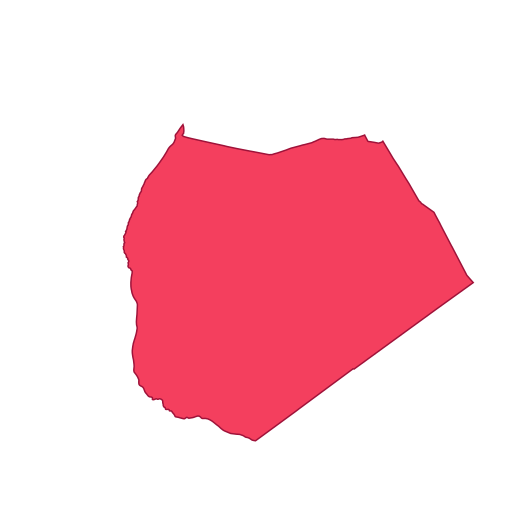 outline of Wajir South, North-Eastern, Kenya, rotated 54°
{"feature_id": "3690345B47933297170219", "entity_name": "Wajir South", "entity_type": "district", "adm_level": 2, "iso_a3": "KEN", "parent_name": "Kenya", "parent_adm1": "North-Eastern", "projection": "robinson", "projection_center": [40.096, 0.963], "detail": "fine", "context": "isolated", "style": "filled", "palette": "rose", "viewbox_px": 512, "rotation_deg": 54, "n_neighbors": 0, "source": "geoboundaries", "source_scale": "gbopen_adm2", "svg_char_len": 6127}
<svg xmlns="http://www.w3.org/2000/svg" viewBox="0 0 512 512"><g transform="rotate(54 256 256)"><path d="M405.2,365.0L405.0,314.9L404.9,311.1L404.3,243.7L405.1,243.1L405.0,140.9L405.2,99.5L405.2,95.9L395.5,96.8L394.9,96.7L393.1,96.4L363.6,92.0L363.2,92.0L346.4,89.5L339.8,88.5L337.0,88.0L334.6,87.7L328.0,86.8L325.7,86.4L325.1,86.4L314.3,90.0L312.1,90.7L310.9,91.3L310.0,91.3L309.5,91.2L307.7,91.6L307.1,91.8L291.1,90.1L287.5,89.7L281.4,89.3L267.1,88.1L264.0,88.0L257.6,87.7L252.4,87.2L237.7,85.9L237.8,86.4L237.8,87.2L237.6,87.9L236.9,90.3L236.6,90.7L233.9,93.2L230.5,96.6L229.4,97.8L229.0,98.0L228.3,98.0L225.8,97.6L222.9,97.2L222.0,97.0L221.8,97.9L220.3,102.6L219.8,103.9L219.4,104.5L219.0,105.2L216.9,108.5L216.7,109.0L216.6,109.4L216.5,110.0L216.0,110.9L214.9,112.8L214.2,114.4L213.8,114.8L213.5,115.3L213.2,116.2L213.0,116.9L212.2,118.3L210.7,120.3L210.2,121.0L209.4,121.7L208.6,123.1L208.1,123.8L207.2,124.5L206.7,125.0L203.5,129.5L203.2,129.9L201.3,131.4L200.8,131.9L200.4,132.5L199.5,133.9L199.2,134.8L198.8,136.3L198.3,138.9L198.0,140.5L197.4,142.8L197.3,143.7L197.1,144.4L194.5,151.1L193.6,153.1L192.8,155.4L189.7,163.4L189.4,164.1L188.8,166.2L188.0,169.3L186.4,174.4L185.3,178.0L184.0,181.4L183.5,183.1L183.3,183.5L183.0,184.0L182.4,184.8L181.9,185.7L180.8,186.8L174.7,192.5L170.0,196.9L167.3,199.5L158.0,208.2L150.4,215.1L148.1,217.0L135.3,228.4L123.5,238.8L120.7,241.2L118.6,242.9L117.4,243.8L116.9,244.2L116.4,244.5L115.3,244.6L114.9,244.7L114.7,244.1L114.4,243.4L114.2,242.5L113.4,241.8L112.5,240.9L109.9,239.2L108.8,238.6L107.7,238.2L106.8,237.9L107.7,241.1L108.2,242.6L109.0,244.7L109.8,246.8L110.3,248.8L110.4,249.4L110.7,250.0L111.0,250.4L111.5,250.8L113.2,251.7L113.7,252.1L114.3,253.1L115.8,255.4L116.3,256.7L116.4,257.1L116.6,257.7L116.8,260.3L117.0,261.6L117.2,262.4L117.6,263.7L119.3,267.3L121.5,272.6L122.7,276.1L124.0,279.9L125.1,283.4L126.0,286.9L127.0,290.6L127.7,294.2L128.1,295.6L128.8,297.1L129.0,297.6L129.4,298.1L129.4,299.3L129.4,299.8L129.6,300.5L129.9,301.2L130.4,301.7L130.9,302.8L131.8,304.0L132.1,304.5L132.8,306.0L133.4,307.0L133.7,307.9L134.4,309.1L135.2,309.8L136.0,310.5L136.3,310.8L136.4,311.3L136.7,312.0L136.8,312.5L137.0,312.8L137.4,313.5L138.1,314.7L138.8,315.2L139.1,315.8L139.3,316.4L139.5,316.8L140.6,317.7L141.4,318.4L141.9,319.1L142.0,319.6L142.1,320.0L142.7,320.1L143.1,320.4L143.6,320.6L143.9,320.9L144.2,321.3L144.5,321.7L145.4,322.5L145.7,322.8L145.9,323.8L146.2,324.3L146.3,324.8L146.5,325.4L147.1,327.1L147.2,327.8L147.3,328.4L148.0,329.6L148.9,330.8L149.2,331.9L149.5,332.4L149.8,332.7L150.2,333.1L150.9,334.1L151.2,334.6L151.4,335.1L151.5,335.6L151.6,335.9L151.9,336.2L152.2,336.5L152.3,337.0L152.7,337.5L153.0,337.7L153.2,337.9L153.8,339.0L153.9,339.5L154.1,339.8L154.6,340.1L155.2,340.6L155.8,341.2L155.9,341.8L156.0,342.1L156.5,342.8L156.8,343.1L157.2,343.5L157.8,344.2L158.2,344.4L158.7,345.3L159.2,346.0L159.3,346.6L159.6,347.1L160.0,346.9L160.6,347.6L161.1,348.4L161.4,349.1L161.7,349.7L162.0,350.2L162.2,351.2L162.5,351.5L162.8,351.7L163.1,352.0L163.9,352.0L164.6,352.6L165.0,353.1L166.0,353.7L166.6,353.8L167.1,354.2L167.6,354.4L168.1,354.4L168.3,354.9L168.4,355.5L169.1,356.1L169.5,356.2L169.7,356.4L170.1,356.9L170.4,357.3L170.5,357.9L171.2,358.1L171.5,358.3L171.8,358.6L172.3,359.0L172.8,359.1L173.3,359.3L174.1,359.4L174.6,359.6L175.0,360.0L175.5,360.4L176.0,360.5L176.7,360.5L177.1,360.3L177.5,360.3L178.5,360.5L179.3,360.6L179.8,360.8L180.6,361.5L182.0,361.1L182.4,361.1L182.7,361.2L183.1,361.6L183.7,361.7L184.7,361.7L185.3,361.9L185.7,362.3L186.0,362.8L186.1,363.2L186.2,363.4L186.4,363.5L186.8,363.6L187.2,364.0L187.7,364.2L188.1,364.4L188.4,364.8L188.6,365.2L189.1,365.6L189.7,365.8L190.4,365.8L190.9,365.7L191.5,365.2L191.9,365.0L192.5,364.9L192.9,365.0L193.3,365.1L193.7,365.3L194.3,365.2L194.9,365.0L195.5,365.0L196.0,365.5L196.6,365.9L197.0,366.2L197.8,367.1L200.1,369.5L202.5,371.6L203.9,372.8L205.7,374.1L207.3,375.2L209.3,376.3L210.9,377.0L213.0,378.0L215.0,378.6L216.5,379.0L217.2,379.1L218.9,379.3L222.2,379.4L223.2,379.6L224.2,379.9L225.1,380.2L226.0,380.8L227.9,382.3L232.9,386.3L233.5,386.8L236.1,389.1L239.0,391.5L239.8,392.0L241.5,393.1L243.5,393.9L244.3,394.4L245.1,395.0L245.8,395.8L247.3,397.3L248.8,399.0L251.7,402.7L252.6,404.0L253.4,405.0L254.6,406.6L255.3,407.3L256.9,409.0L258.3,410.3L259.8,411.7L261.8,413.1L264.0,414.3L266.0,415.3L266.7,415.6L268.1,416.2L271.7,418.2L273.6,419.4L276.1,421.6L277.1,422.3L277.8,422.6L278.3,422.8L281.6,422.7L283.5,422.8L284.4,422.9L286.7,423.4L287.7,423.8L288.2,424.2L288.9,424.8L290.3,425.7L290.9,426.0L291.5,426.1L292.1,426.1L292.6,425.9L293.9,425.4L294.7,424.9L296.1,424.6L297.5,424.8L300.4,425.6L301.2,425.7L302.2,425.7L302.8,425.6L305.6,425.5L306.2,425.4L306.7,425.2L307.2,425.0L308.7,423.5L309.1,423.3L309.6,423.1L310.1,423.2L310.8,423.9L311.1,424.1L311.4,424.0L311.6,423.9L312.0,423.4L312.3,422.7L312.8,420.7L313.1,420.4L314.0,419.9L314.3,419.5L314.5,419.0L314.6,418.4L314.8,417.9L315.1,417.6L315.3,417.5L316.0,417.0L316.8,416.7L317.2,416.6L317.8,416.5L318.4,416.7L319.4,417.3L319.9,417.7L320.7,418.0L321.3,418.2L322.1,418.7L322.6,419.0L323.1,419.1L323.9,419.2L324.4,419.1L325.1,418.6L325.7,418.8L326.8,419.2L327.1,419.1L327.6,418.5L328.3,417.4L328.7,416.9L329.2,416.7L329.8,416.8L330.2,417.0L330.5,416.9L330.8,416.7L331.2,416.0L331.8,415.5L332.4,415.4L333.4,415.6L335.2,415.4L336.3,415.4L337.2,415.5L338.0,415.7L338.5,415.7L339.0,415.4L340.8,413.7L342.2,412.6L344.2,411.0L345.4,409.9L345.6,409.5L345.7,408.9L345.7,407.5L345.8,406.9L346.2,406.5L346.6,406.3L347.2,406.0L347.6,405.8L347.9,405.4L349.6,402.1L350.1,400.6L350.5,399.1L350.8,398.3L351.1,397.4L351.5,396.8L352.0,396.3L352.5,395.9L352.9,395.8L353.5,395.6L354.8,395.4L355.5,395.2L355.9,394.9L356.3,394.4L357.5,392.6L358.5,391.6L359.6,390.6L362.0,389.3L362.8,389.0L364.0,388.5L369.5,387.0L371.7,386.3L375.4,385.6L376.2,385.3L377.1,385.1L378.5,384.5L379.3,384.1L384.7,380.8L388.7,376.5L390.7,374.1L391.2,373.7L393.7,372.0L394.1,371.8L394.9,371.5L396.2,371.0L396.9,370.5L397.5,369.9L398.5,369.1L399.2,368.7L399.7,368.4L402.0,367.6L402.7,367.3L404.1,366.1L405.2,365.0Z" fill="#f43f5e" stroke="#9f1239" stroke-width="1.5"/></g></svg>